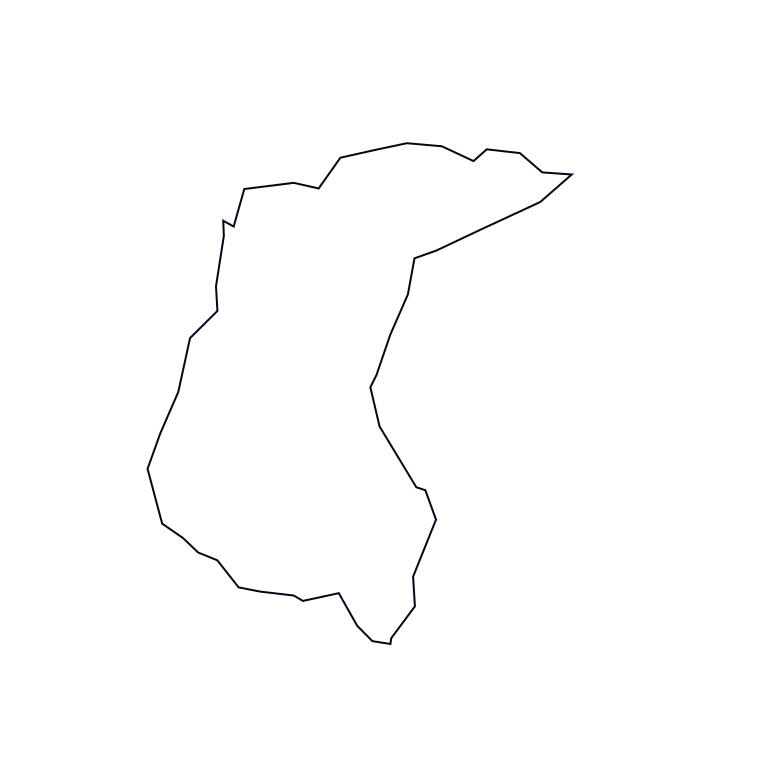 the district of Agia Marinouda, Paphos, Cyprus, rotated 154°
{"feature_id": "46923920B24461957866054", "entity_name": "Agia Marinouda", "entity_type": "district", "adm_level": 2, "iso_a3": "CYP", "parent_name": "Cyprus", "parent_adm1": "Paphos", "projection": "orthographic", "projection_center": [32.475, 34.762], "detail": "fine", "context": "isolated", "style": "outline", "palette": "ink", "viewbox_px": 768, "rotation_deg": 154, "n_neighbors": 0, "source": "geoboundaries", "source_scale": "gbopen_adm2", "svg_char_len": 766}
<svg xmlns="http://www.w3.org/2000/svg" viewBox="0 0 768 768"><g transform="rotate(154 384 384)"><path d="M456.9,601.2L463.1,587.2L492.2,545.4L501.7,522.7L538.2,510.3L572.4,467.0L606.7,437.7L633.7,411.4L644.6,355.7L632.2,333.7L624.9,314.0L611.1,298.6L603.8,264.9L586.3,251.7L557.8,233.4L552.0,224.6L516.3,215.8L514.1,178.5L507.2,158.0L492.2,147.5L489.0,152.3L453.7,170.6L442.3,198.1L396.7,239.3L393.4,270.4L400.2,277.0L403.4,312.4L406.6,347.8L397.7,387.0L386.8,395.4L356.6,425.7L323.3,454.0L301.5,483.6L278.5,481.0L230.4,480.4L163.8,479.1L123.4,490.0L149.0,504.8L160.6,531.9L188.8,549.9L205.8,545.1L227.8,572.3L257.9,590.4L289.9,598.4L324.0,606.5L357.0,588.4L377.0,604.4L424.1,620.5L450.1,591.4L456.9,601.2Z" fill="none" stroke="#020617" stroke-width="2"/></g></svg>